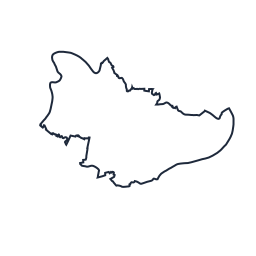 the district of Kien Xuong, Thái Bình, Vietnam, rotated 293°
{"feature_id": "81297802B82663613485319", "entity_name": "Kien Xuong", "entity_type": "district", "adm_level": 2, "iso_a3": "VNM", "parent_name": "Vietnam", "parent_adm1": "Thái Bình", "projection": "mercator", "projection_center": [106.429, 20.397], "detail": "fine", "context": "isolated", "style": "outline", "palette": "slate", "viewbox_px": 256, "rotation_deg": 293, "n_neighbors": 0, "source": "geoboundaries", "source_scale": "gbopen_adm2", "svg_char_len": 5683}
<svg xmlns="http://www.w3.org/2000/svg" viewBox="0 0 256 256"><g transform="rotate(293 128 128)"><path d="M97.2,45.9L96.8,46.7L96.0,46.4L95.6,47.6L95.1,49.4L95.8,49.6L97.7,49.6L97.7,50.2L94.9,53.3L94.4,53.2L92.4,59.9L92.6,60.1L93.5,60.3L93.6,60.5L93.0,61.1L93.9,61.5L93.5,63.1L93.9,63.7L93.9,64.2L93.8,64.6L93.6,64.8L92.8,65.0L92.7,66.6L93.5,66.6L94.3,66.3L95.0,66.8L94.9,67.1L94.5,67.4L93.3,68.5L93.1,68.7L93.0,69.1L94.3,69.8L94.5,69.9L94.6,70.1L94.6,70.3L94.5,70.5L93.8,71.1L93.4,71.5L93.3,71.9L93.4,72.3L93.5,72.7L94.1,73.0L94.6,73.4L95.1,74.1L95.2,74.4L95.2,75.3L94.9,75.7L94.6,76.1L94.0,76.4L93.5,76.6L93.1,76.6L92.8,76.5L91.3,75.6L90.9,75.5L90.4,75.5L89.6,76.4L88.8,77.2L88.5,77.7L91.7,77.9L94.3,78.0L98.6,78.1L99.6,83.0L100.6,83.1L101.1,83.7L101.6,84.6L101.8,85.0L101.7,85.5L100.9,85.4L101.0,86.6L100.9,87.0L100.8,88.1L100.5,89.0L100.7,89.5L100.6,91.8L101.1,91.6L101.2,92.2L101.6,92.2L101.6,92.3L102.4,94.2L102.8,95.4L103.9,95.5L104.1,95.9L104.2,96.3L103.4,96.5L93.5,98.4L93.5,98.7L93.0,98.8L92.1,99.1L85.9,100.6L84.7,101.1L84.3,101.2L83.1,101.4L82.3,101.4L81.1,99.2L78.9,100.3L77.0,97.6L76.1,98.2L76.0,98.8L75.5,99.7L75.3,100.1L75.5,101.5L76.0,103.3L76.3,105.1L76.5,105.7L76.9,106.4L78.6,108.5L79.0,109.1L79.4,110.2L79.5,110.8L79.5,112.0L79.4,113.2L79.1,114.9L78.5,116.8L78.2,117.3L77.5,118.0L75.9,118.2L75.3,118.4L72.3,119.0L71.6,119.3L70.6,119.4L71.1,120.1L73.6,123.3L75.6,125.5L77.8,124.5L80.0,127.4L79.2,128.8L80.9,129.5L80.6,130.4L81.6,130.9L81.7,131.6L81.4,131.7L81.4,132.2L81.4,132.4L81.2,132.5L79.6,132.9L79.5,134.1L77.6,134.3L74.2,131.7L73.7,132.7L73.0,134.0L72.9,135.2L72.3,135.9L70.7,139.1L70.4,139.8L70.8,140.4L71.1,140.7L71.5,142.4L71.6,142.9L71.7,144.4L71.6,145.1L71.6,145.5L71.9,146.5L72.6,148.0L73.9,150.3L74.6,151.6L75.1,152.1L75.4,152.1L76.6,151.4L77.1,152.0L77.6,151.8L79.2,152.3L79.4,152.4L79.5,152.6L79.9,154.1L80.3,154.6L80.6,154.8L81.2,155.0L81.8,155.0L82.1,156.9L82.0,158.6L81.6,160.7L81.6,161.3L81.8,161.9L82.0,162.2L83.1,163.5L84.0,164.5L85.9,166.6L88.4,169.9L88.8,170.3L89.5,170.8L89.8,170.9L91.0,171.2L91.4,171.4L91.6,171.9L91.8,174.1L92.4,175.2L94.0,175.3L96.4,175.6L98.9,176.4L99.7,176.9L102.3,178.6L103.7,179.8L106.6,181.8L108.5,183.4L109.4,184.0L111.6,185.7L112.5,186.3L113.6,187.2L114.4,188.1L115.8,190.3L117.5,193.4L119.2,196.9L121.3,199.8L125.6,205.2L128.3,208.5L130.1,211.1L132.4,213.9L135.6,216.7L140.0,219.9L141.3,220.6L143.5,221.8L145.0,222.4L148.7,223.7L151.0,224.7L153.5,225.1L157.5,225.7L159.8,225.9L163.4,225.9L166.3,225.4L167.9,225.0L170.6,224.3L172.6,223.7L177.6,221.6L178.5,221.1L179.3,220.6L180.5,219.6L182.6,217.1L185.6,213.3L184.6,212.2L181.7,210.1L179.3,208.6L178.3,208.4L177.2,208.8L176.8,208.7L176.0,208.4L174.8,208.3L172.7,208.5L172.2,208.2L171.9,207.9L171.7,207.6L171.6,206.7L171.6,206.0L171.8,204.8L172.2,203.4L173.0,200.9L173.7,198.0L173.8,197.3L173.9,195.3L174.0,192.0L173.4,192.0L167.4,188.7L166.9,186.3L166.5,185.5L165.3,183.0L165.3,182.7L164.7,181.2L163.9,178.6L162.8,175.8L162.6,174.7L162.7,173.5L163.0,172.4L163.7,170.5L163.9,169.9L163.8,169.4L163.6,168.4L163.7,167.6L163.8,167.3L164.1,166.9L165.7,165.3L166.7,164.4L166.4,164.0L166.2,163.9L165.2,163.6L164.7,163.6L164.6,162.1L164.7,161.7L164.3,161.6L164.4,161.3L164.8,160.1L165.7,160.0L165.5,159.3L165.6,158.4L165.9,157.5L166.1,157.0L166.3,156.7L166.5,155.9L166.7,155.0L166.7,154.3L166.6,153.6L166.3,153.1L166.0,152.8L164.1,151.3L163.3,150.1L162.6,148.6L161.4,146.6L160.6,144.8L162.3,145.1L162.9,145.0L163.5,144.8L164.0,144.7L164.6,144.9L166.0,145.7L166.3,145.8L167.2,145.8L167.9,145.7L168.7,145.5L171.0,144.0L172.0,143.2L170.1,141.5L171.2,140.1L170.5,139.7L169.9,140.4L169.1,139.7L168.4,139.0L168.8,137.3L168.9,136.8L169.1,136.6L169.7,136.2L170.1,136.1L172.8,135.5L173.1,135.5L173.5,135.6L173.2,134.7L172.1,132.2L169.9,132.9L169.1,129.9L168.8,128.4L170.5,127.7L169.0,124.6L168.6,123.3L167.7,122.1L167.6,121.0L167.1,120.4L166.6,119.1L166.5,118.8L166.6,118.3L166.9,117.7L166.1,117.0L166.8,116.3L167.2,115.9L166.8,116.0L165.8,115.9L163.2,115.2L163.1,114.6L163.0,114.4L162.0,114.0L161.9,113.9L161.5,113.1L161.5,112.7L161.7,112.4L162.9,111.9L163.2,111.7L164.1,110.8L164.6,110.4L165.9,109.6L166.9,109.2L167.2,109.0L168.0,108.1L168.9,106.5L169.3,105.9L170.9,104.4L171.6,103.2L171.7,102.7L171.4,102.1L170.7,101.1L170.5,100.6L170.5,100.0L170.7,99.6L170.8,99.5L171.1,99.2L171.6,99.0L171.8,98.8L171.8,98.2L171.7,97.9L171.6,97.6L171.9,97.4L172.3,97.7L172.6,97.5L172.9,95.7L173.4,93.9L173.6,93.9L173.8,93.6L174.4,93.2L174.8,92.8L175.7,91.9L177.2,89.9L178.5,90.8L179.0,90.4L179.2,90.0L179.2,88.9L179.3,88.5L181.1,86.4L181.3,85.9L181.3,85.0L181.7,84.5L182.6,83.6L183.1,83.2L183.6,82.9L184.4,81.6L182.5,80.7L180.3,79.6L179.6,79.4L178.6,79.3L178.0,78.6L177.5,78.8L176.8,77.9L175.6,78.3L174.8,78.5L172.9,78.8L170.5,79.2L170.0,79.3L168.9,79.2L167.8,78.8L166.9,78.3L166.2,77.6L165.8,76.7L165.8,76.2L165.8,75.4L166.0,74.8L166.3,73.9L168.0,70.9L170.1,67.6L172.2,63.2L173.4,59.5L173.7,58.4L174.0,57.6L174.5,55.5L174.8,52.9L174.9,50.4L174.9,47.1L174.8,45.8L174.2,43.4L172.9,38.8L171.8,36.1L171.1,34.6L170.3,33.5L169.3,32.4L168.0,31.2L166.8,30.4L165.9,30.1L165.5,30.1L164.8,30.1L163.5,30.4L161.9,31.3L160.9,32.0L159.9,33.2L159.0,34.6L157.7,35.9L157.3,36.5L156.2,37.8L153.7,40.0L153.0,40.6L152.3,41.3L151.8,42.3L151.1,44.6L150.8,45.2L150.4,45.8L149.8,46.4L149.5,46.6L149.1,46.7L147.5,46.8L145.6,46.6L144.7,46.3L143.6,45.5L142.4,44.4L141.9,43.9L141.6,43.4L141.4,43.0L140.6,40.4L140.4,40.0L139.7,39.2L139.4,39.0L139.0,39.0L138.5,39.0L137.3,39.3L135.4,40.2L134.6,40.7L132.4,42.9L130.5,44.4L129.2,45.3L127.1,46.5L125.7,47.0L122.9,47.8L115.4,49.3L112.4,49.7L111.4,49.7L110.4,49.6L107.5,49.0L105.7,48.5L104.4,48.3L102.0,47.4L97.2,45.9Z" fill="none" stroke="#1e293b" stroke-width="2"/></g></svg>